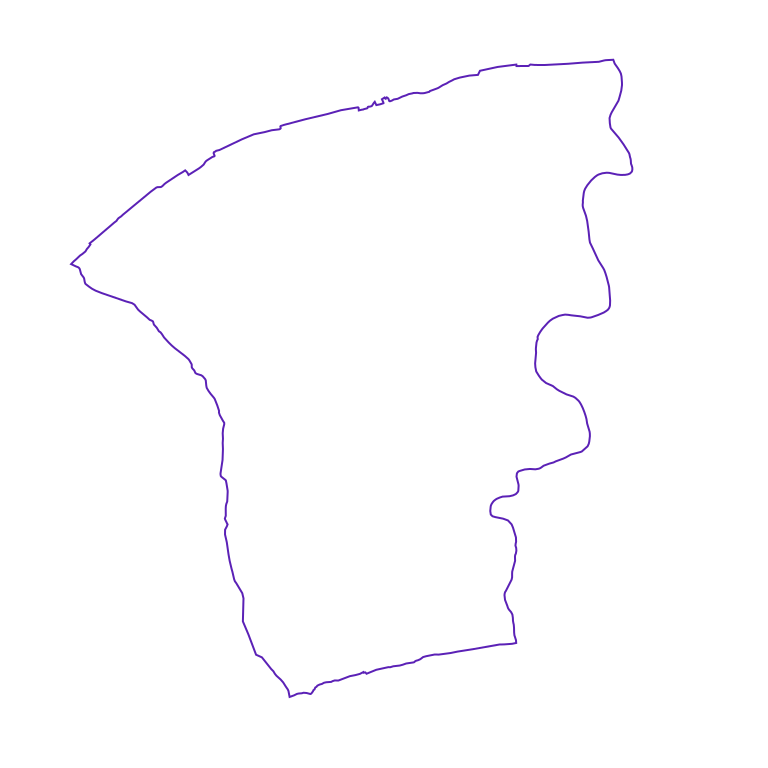 Stanesti, Vâlcea, Romania (Equal Earth projection), rotated 170°
{"feature_id": "2599482B92265495094615", "entity_name": "Stanesti", "entity_type": "district", "adm_level": 2, "iso_a3": "ROU", "parent_name": "Romania", "parent_adm1": "Vâlcea", "projection": "equal_earth", "projection_center": [24.051, 44.813], "detail": "fine", "context": "isolated", "style": "outline", "palette": "violet", "viewbox_px": 768, "rotation_deg": 170, "n_neighbors": 0, "source": "geoboundaries", "source_scale": "gbopen_adm2", "svg_char_len": 6137}
<svg xmlns="http://www.w3.org/2000/svg" viewBox="0 0 768 768"><g transform="rotate(170 384 384)"><path d="M611.5,596.2L613.8,594.7L616.7,593.4L618.0,592.3L619.1,591.1L621.8,589.7L644.0,576.6L649.5,573.6L648.9,572.4L651.1,570.2L653.2,568.5L655.0,566.4L658.5,564.4L661.0,563.3L665.8,560.1L668.2,558.7L671.3,556.4L666.8,553.2L665.1,552.2L664.3,551.4L663.8,550.5L663.6,549.5L663.2,544.8L661.3,541.1L661.0,540.0L661.0,536.6L660.8,535.0L660.5,534.3L657.6,531.1L655.0,528.5L651.8,526.0L646.1,522.5L623.7,510.1L618.1,507.4L615.9,505.4L613.3,500.0L611.6,497.7L605.8,490.8L603.6,487.9L602.0,486.9L600.8,485.9L600.6,485.4L600.3,482.5L598.0,478.8L596.5,475.0L595.1,473.7L594.0,471.6L592.5,468.0L588.8,462.2L586.3,458.7L583.7,455.5L575.3,446.3L572.3,442.5L571.7,441.4L570.1,437.1L570.0,436.5L570.4,433.9L570.2,433.2L570.0,432.6L568.5,430.3L568.0,428.2L567.7,427.4L566.5,426.4L562.4,424.3L561.2,423.1L559.3,419.9L558.9,418.5L559.3,413.3L559.3,411.7L559.2,410.8L558.0,407.6L556.5,404.5L553.9,400.0L553.3,398.6L551.9,391.8L551.2,386.9L551.1,386.1L551.5,384.5L551.1,381.8L549.0,375.7L548.1,373.6L548.3,372.2L550.2,367.9L551.4,363.5L552.1,358.0L553.1,353.9L553.9,347.9L556.2,337.2L560.5,324.4L560.7,323.2L560.7,321.7L560.2,320.8L556.8,317.0L556.5,316.5L556.4,313.5L556.5,306.1L556.7,304.8L558.8,295.5L560.1,293.3L560.9,291.3L561.5,288.8L562.7,281.7L564.1,279.1L563.9,277.9L563.0,274.8L562.7,273.4L562.4,273.0L563.4,271.2L565.8,268.1L566.7,263.4L566.3,255.4L566.7,243.2L566.7,236.6L566.2,228.4L565.9,225.4L565.5,217.8L565.1,215.6L564.1,213.6L559.9,202.6L559.6,197.3L564.2,174.7L561.0,160.8L557.0,139.6L551.7,136.0L544.6,122.9L542.8,120.3L541.8,117.6L540.6,115.4L537.1,110.9L535.1,107.6L533.3,103.2L531.8,99.9L531.4,98.3L531.3,92.2L526.6,93.0L523.6,93.9L521.9,94.0L518.6,93.7L516.8,93.9L513.8,93.1L510.4,91.5L509.7,91.6L509.1,92.0L507.3,93.7L506.7,94.7L505.5,95.3L504.4,97.0L503.1,97.5L502.0,98.5L499.6,99.2L497.2,99.4L495.0,100.2L492.7,100.3L487.7,99.8L486.3,100.3L484.1,100.6L480.4,99.9L468.3,102.2L462.7,102.3L458.1,102.7L454.3,103.9L454.2,103.2L452.4,103.2L451.5,101.7L441.2,103.9L428.9,104.4L427.1,104.0L423.9,104.4L417.4,104.0L414.2,104.3L410.7,104.9L403.4,104.7L402.6,104.8L401.2,105.7L400.3,105.9L398.3,106.1L396.0,106.7L392.9,108.3L389.8,108.6L381.3,108.8L376.9,108.0L365.1,107.5L358.0,107.7L342.7,107.4L315.5,107.4L310.9,106.7L303.0,105.9L298.8,106.0L298.5,108.8L299.2,113.9L299.0,116.7L298.3,121.2L298.0,124.5L298.1,126.1L298.1,128.4L297.7,131.3L297.6,134.6L298.4,137.2L300.2,140.3L300.8,142.0L301.1,144.2L302.3,150.4L302.0,155.2L301.5,156.8L300.9,158.0L299.8,159.2L292.3,169.2L291.4,171.4L290.7,175.3L290.3,177.0L285.6,187.1L285.0,191.2L284.5,192.8L283.6,194.1L282.6,196.8L282.3,199.6L282.6,202.0L282.1,203.8L281.3,205.7L280.7,210.0L281.9,220.1L282.7,223.6L285.6,228.1L290.1,230.7L297.5,233.6L300.1,234.9L301.5,236.9L301.4,240.5L300.3,244.5L299.9,245.6L299.0,247.0L297.4,248.7L296.1,249.8L294.0,250.9L292.7,251.4L289.7,252.1L286.8,252.5L279.9,251.7L276.3,251.9L273.3,252.7L271.5,254.0L270.6,254.9L270.2,255.8L269.1,260.4L269.0,261.8L269.6,269.7L268.7,272.7L268.2,273.4L266.9,274.5L265.5,274.8L260.3,275.4L255.1,275.0L249.7,273.7L246.3,273.7L244.8,274.0L243.6,274.5L241.0,275.8L234.9,276.9L230.6,277.3L228.3,278.0L220.4,279.4L217.7,280.1L212.1,282.1L202.3,282.9L200.9,283.2L194.3,287.3L192.7,289.6L191.8,291.8L190.3,296.8L189.9,299.4L189.8,301.3L190.8,309.8L190.7,314.3L191.0,317.7L191.6,321.7L192.4,325.7L193.5,329.6L194.5,332.2L195.3,333.7L197.9,337.1L199.7,338.7L206.1,342.1L212.6,346.9L214.6,348.7L218.1,352.7L224.2,356.8L227.8,360.9L228.8,362.7L230.1,365.4L231.9,369.9L232.0,374.2L231.6,378.0L228.8,388.4L228.4,391.9L228.1,393.2L226.6,398.4L225.7,400.2L224.8,401.4L224.6,403.7L223.5,405.4L221.1,408.2L218.8,410.5L217.8,411.4L211.9,416.0L209.6,417.5L206.4,419.0L200.0,420.7L196.2,420.9L193.6,420.9L190.5,420.1L187.6,419.1L179.0,416.6L172.0,413.9L169.1,413.6L167.8,413.7L161.1,414.8L155.2,416.2L152.7,417.2L150.7,418.2L149.2,419.6L148.4,420.8L147.8,422.2L146.8,426.9L145.5,440.2L145.5,441.8L146.2,450.8L146.7,454.6L147.3,458.0L148.0,460.1L151.5,468.6L154.8,481.2L156.6,487.5L156.6,490.6L156.0,498.6L155.6,509.3L155.9,514.6L157.3,522.8L157.4,524.7L157.2,526.1L156.6,528.2L156.3,530.2L154.1,537.4L153.3,539.3L152.0,541.4L149.2,544.5L144.6,548.5L140.5,551.2L137.9,552.5L136.4,553.0L132.4,553.6L128.0,553.4L125.5,552.8L117.8,549.7L114.6,548.8L110.4,548.1L107.5,548.1L105.4,548.5L103.7,549.6L103.1,550.1L102.7,550.7L102.1,552.4L101.9,554.3L102.2,556.6L102.5,558.0L102.1,561.6L102.1,563.2L102.3,564.5L102.4,567.8L102.7,569.1L106.5,578.4L110.1,585.9L116.1,596.1L116.4,597.3L116.3,601.7L115.7,606.7L114.2,609.7L112.6,612.0L103.9,622.3L102.3,625.5L99.4,631.7L97.7,637.1L97.3,639.6L96.7,645.6L96.8,648.5L97.5,651.1L98.8,654.4L101.2,659.5L101.9,663.5L109.4,664.4L111.2,664.4L116.5,664.0L132.5,666.0L147.2,667.4L170.8,670.3L180.0,672.0L184.4,673.2L186.4,672.1L198.3,674.1L198.2,675.6L217.0,676.5L235.1,675.8L237.8,672.1L246.4,672.9L256.2,672.6L262.0,671.9L264.0,671.2L267.5,670.2L270.2,669.1L274.3,668.1L279.0,666.2L280.7,665.8L288.0,664.5L288.6,663.9L293.3,663.5L294.6,663.5L297.7,664.0L300.4,664.9L304.7,665.5L305.2,665.3L309.3,665.2L312.0,664.5L316.1,663.9L321.0,662.5L324.9,662.5L327.1,661.7L329.1,661.4L329.7,661.8L330.2,664.4L331.0,665.4L331.6,665.8L332.2,665.4L332.8,664.6L333.4,665.1L333.7,666.0L336.6,664.8L335.7,661.3L335.8,660.6L339.4,660.1L343.1,660.0L344.1,663.5L345.3,662.5L347.0,660.6L347.9,659.8L349.8,659.6L351.3,659.8L351.8,659.6L352.4,658.6L352.8,658.4L355.8,658.2L357.0,657.9L357.9,658.0L361.3,657.8L361.1,660.4L361.6,661.0L378.9,661.1L392.6,659.7L415.2,658.4L437.8,656.5L441.0,656.0L441.3,655.7L441.4,655.2L441.3,654.5L441.4,653.7L441.9,653.3L442.9,653.0L450.5,653.4L457.9,652.8L468.9,652.5L481.6,649.6L505.5,643.0L508.8,642.8L509.8,642.2L510.9,642.0L511.4,641.6L511.7,640.9L511.2,638.2L511.3,637.9L511.6,637.7L513.6,637.4L519.4,635.0L520.7,634.3L521.6,633.5L523.5,631.4L526.5,629.6L528.7,628.5L540.2,623.8L540.8,625.9L541.5,627.2L542.7,628.9L545.3,627.7L550.7,625.7L563.7,620.0L565.4,619.1L567.7,617.5L568.9,616.9L569.7,616.7L572.8,617.2L574.1,617.0L580.3,613.9L611.5,596.2Z" fill="none" stroke="#5b21b6" stroke-width="2"/></g></svg>